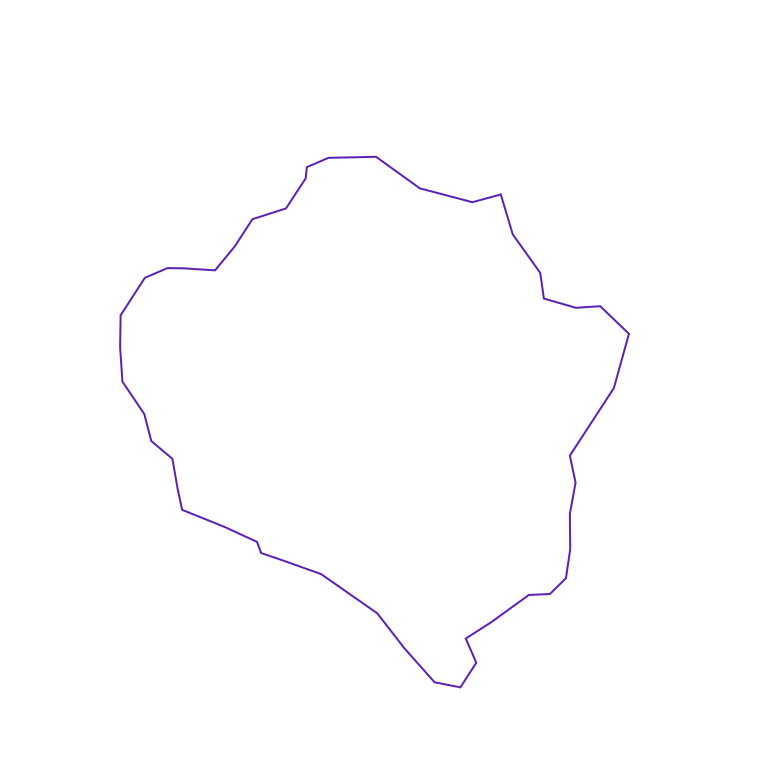 Tidaholm, Västra Götaland, Sweden (Albers equal-area conic projection), rotated 123°
{"feature_id": "70781695B48750252514095", "entity_name": "Tidaholm", "entity_type": "district", "adm_level": 2, "iso_a3": "SWE", "parent_name": "Sweden", "parent_adm1": "Västra Götaland", "projection": "albers", "projection_center": [13.988, 58.167], "detail": "fine", "context": "isolated", "style": "outline", "palette": "violet", "viewbox_px": 768, "rotation_deg": 123, "n_neighbors": 0, "source": "geoboundaries", "source_scale": "gbopen_adm2", "svg_char_len": 778}
<svg xmlns="http://www.w3.org/2000/svg" viewBox="0 0 768 768"><g transform="rotate(123 384 384)"><path d="M403.7,627.1L404.7,628.7L425.2,642.4L469.8,642.3L497.1,625.2L524.5,604.6L539.8,568.6L558.6,548.1L562.0,520.7L584.2,500.1L599.5,484.7L590.8,440.3L585.6,404.5L592.7,395.0L587.6,374.8L577.7,333.2L580.0,264.7L594.5,223.1L606.6,179.1L596.8,154.7L567.5,154.8L552.9,176.8L526.0,164.6L482.0,147.6L469.8,130.5L447.8,125.6L421.0,137.9L391.7,157.4L362.4,169.6L353.1,178.9L342.8,189.1L262.2,189.0L208.5,205.9L201.0,245.0L215.6,264.6L225.3,296.4L205.7,313.5L188.4,357.5L161.4,389.3L183.4,408.9L200.4,460.5L197.8,514.4L224.6,553.8L244.1,566.8L254.2,561.7L290.1,561.8L317.4,584.1L349.9,584.1L380.7,587.6L396.1,615.0L403.7,627.1Z" fill="none" stroke="#5b21b6" stroke-width="2"/></g></svg>